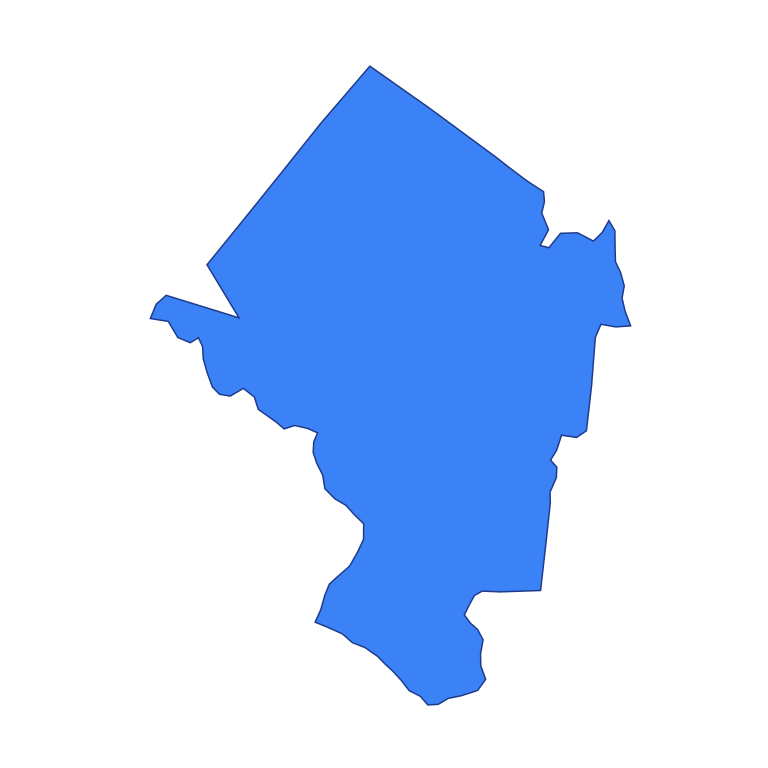 Feira Grande, Alagoas, Brazil, rotated 6°
{"feature_id": "56859067B46372234110310", "entity_name": "Feira Grande", "entity_type": "district", "adm_level": 2, "iso_a3": "BRA", "parent_name": "Brazil", "parent_adm1": "Alagoas", "projection": "natural_earth1", "projection_center": [-36.66, -9.896], "detail": "fine", "context": "isolated", "style": "filled", "palette": "blue", "viewbox_px": 768, "rotation_deg": 6, "n_neighbors": 0, "source": "geoboundaries", "source_scale": "gbopen_adm2", "svg_char_len": 1511}
<svg xmlns="http://www.w3.org/2000/svg" viewBox="0 0 768 768"><g transform="rotate(6 384 384)"><path d="M336.7,69.4L293.8,131.5L284.6,145.9L256.8,189.4L225.7,237.6L195.5,283.9L232.9,333.4L158.1,318.6L149.1,328.5L144.8,343.3L162.9,344.3L174.1,359.3L187.0,363.2L194.6,357.4L199.7,365.8L201.6,377.8L206.7,390.6L213.7,405.0L221.4,411.4L232.3,412.1L244.5,403.1L256.4,410.4L261.6,422.4L272.8,428.6L281.3,433.5L289.4,439.1L299.4,434.6L312.3,436.1L323.1,439.5L320.2,448.9L320.7,459.4L325.3,469.7L332.5,480.9L336.2,494.4L347.3,503.4L359.0,508.7L367.5,516.5L378.4,525.2L379.9,540.7L375.1,554.4L368.8,568.8L357.6,580.8L350.6,588.7L347.3,600.0L344.7,615.1L340.4,628.1L353.9,632.0L368.8,636.9L379.7,644.6L392.6,648.1L406.2,655.6L414.3,662.4L422.2,668.2L431.8,676.6L441.2,686.4L453.0,690.9L461.1,698.6L471.4,696.9L480.8,689.9L493.3,686.0L509.2,678.9L516.0,667.1L509.7,654.1L508.2,642.1L509.3,628.1L502.7,618.3L495.0,612.9L488.0,605.2L491.7,595.3L496.1,584.8L503.3,579.7L521.1,578.6L561.3,573.0L561.7,525.5L561.8,484.5L560.4,474.2L565.2,459.2L564.6,448.7L557.6,442.3L562.6,431.8L565.9,416.4L581.2,417.0L590.2,409.3L590.6,364.1L589.3,315.6L593.5,301.9L608.4,303.0L623.2,300.4L616.2,286.5L611.8,273.8L612.7,261.4L607.7,248.5L601.4,238.2L599.6,224.5L597.6,207.4L590.6,198.0L585.1,210.6L577.3,220.0L560.7,213.4L543.8,215.7L533.8,231.2L524.8,229.9L531.5,213.4L523.0,197.5L524.5,186.0L522.6,176.1L510.8,170.1L503.1,166.0L483.2,154.0L472.0,146.9L399.6,104.5L336.7,69.4Z" fill="#3b82f6" stroke="#1e3a8a" stroke-width="1.5"/></g></svg>